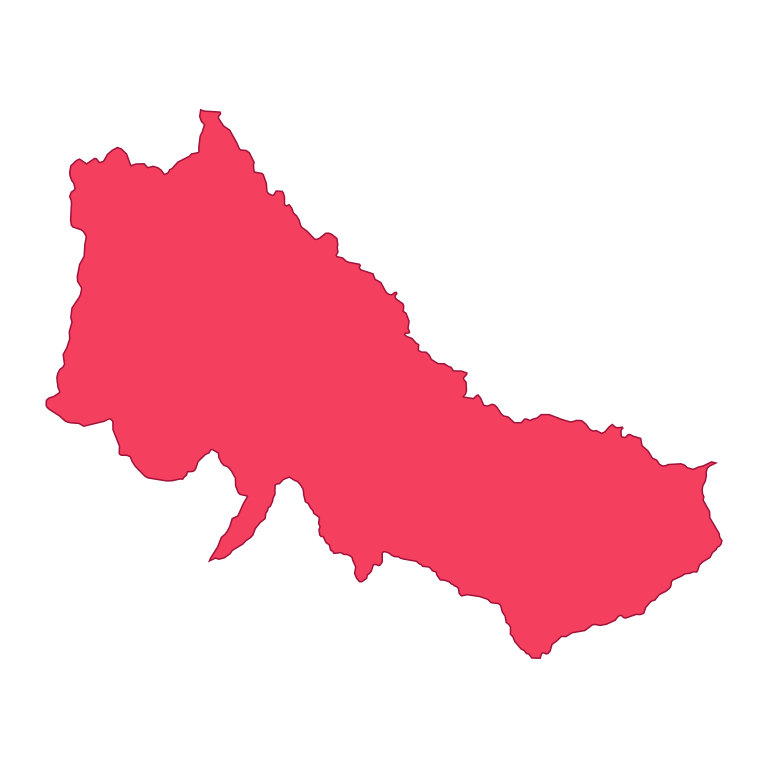 the district of Acobamba, Huancavelica, Peru
{"feature_id": "86281439B92156205332271", "entity_name": "Acobamba", "entity_type": "district", "adm_level": 2, "iso_a3": "PER", "parent_name": "Peru", "parent_adm1": "Huancavelica", "projection": "albers", "projection_center": [-74.569, -12.778], "detail": "fine", "context": "isolated", "style": "filled", "palette": "rose", "viewbox_px": 768, "rotation_deg": 0, "n_neighbors": 0, "source": "geoboundaries", "source_scale": "gbopen_adm2", "svg_char_len": 6071}
<svg xmlns="http://www.w3.org/2000/svg" viewBox="0 0 768 768"><path d="M715.8,463.0L711.5,461.9L703.3,465.9L698.4,467.1L693.2,469.4L687.2,467.7L684.7,465.2L681.0,463.8L668.5,464.5L665.2,465.8L662.4,466.0L659.2,464.1L657.7,461.4L656.1,459.8L652.4,458.2L648.2,451.2L642.0,445.6L640.7,438.4L633.2,436.2L629.8,434.5L628.0,434.8L625.4,437.5L622.0,437.0L621.2,435.6L621.0,430.8L621.5,429.4L622.8,428.3L622.4,427.2L617.9,427.7L615.6,427.4L612.3,424.5L609.0,427.0L605.0,431.8L601.6,433.4L596.4,430.6L593.3,431.1L590.7,429.9L589.3,428.8L585.7,423.9L581.6,420.6L576.4,420.4L572.6,421.7L570.1,421.9L561.9,419.5L549.2,414.6L541.2,414.6L537.0,418.1L532.5,419.2L530.2,420.6L526.8,419.1L524.6,419.1L521.3,422.7L514.3,422.7L508.2,417.0L503.9,416.0L501.7,414.5L496.7,407.0L494.4,404.9L492.0,404.3L487.6,406.1L483.7,405.3L480.6,398.1L478.1,395.0L476.8,395.4L473.4,398.6L463.3,397.0L463.3,396.3L465.5,394.1L466.5,390.5L466.1,382.3L463.9,379.6L463.4,378.0L466.6,374.5L466.9,373.1L461.6,371.1L453.4,370.9L451.1,367.3L447.9,366.2L444.5,363.8L438.0,363.6L432.5,360.2L431.3,359.4L429.4,355.4L426.2,352.2L421.7,352.1L419.0,350.8L418.3,349.6L418.7,344.8L415.8,342.8L412.0,338.4L406.7,336.5L404.6,334.6L405.2,333.2L408.9,333.0L409.6,332.2L408.0,328.2L409.1,321.3L406.0,313.2L403.3,311.4L403.7,306.1L402.9,303.8L396.1,299.0L395.2,297.5L395.1,295.6L396.8,293.9L396.5,292.5L394.8,292.4L391.9,294.8L388.5,294.3L385.8,291.8L380.8,282.5L375.1,279.4L373.0,273.9L360.9,269.9L359.1,267.7L360.3,265.5L359.5,264.3L348.9,262.3L346.3,261.3L342.7,258.0L336.8,256.6L336.2,255.0L337.9,252.1L337.2,247.3L337.8,244.9L336.9,238.5L331.7,234.3L328.5,233.1L325.7,233.3L319.6,238.2L316.6,239.4L314.7,239.2L307.1,231.2L301.8,227.4L300.6,225.4L299.2,220.3L296.6,215.9L293.5,213.1L291.6,207.9L289.4,205.0L288.5,204.8L286.6,206.0L284.6,204.9L284.5,197.0L283.3,192.9L282.2,191.4L276.2,191.0L274.0,194.6L272.4,195.5L268.5,193.6L266.9,191.4L266.4,183.6L263.3,174.8L261.8,173.4L254.1,172.0L253.5,165.3L254.1,162.3L249.3,152.7L246.1,150.5L240.9,150.0L239.4,148.9L236.8,142.9L229.7,130.2L223.5,125.9L218.6,118.4L218.5,116.3L220.6,113.8L220.1,112.1L204.2,111.1L200.7,109.8L199.7,116.5L201.4,121.4L204.5,124.6L202.5,131.2L200.2,136.1L198.8,147.3L198.9,151.7L198.2,152.6L191.4,154.0L189.5,156.2L177.9,162.1L172.0,168.6L169.7,169.8L168.0,172.8L165.0,174.4L164.0,174.1L161.2,170.2L157.9,167.8L153.2,166.3L148.2,167.6L147.0,167.0L144.2,163.8L136.2,164.0L130.8,165.7L126.6,154.1L121.4,149.0L117.4,147.5L112.2,150.3L107.5,154.4L103.8,160.9L102.6,161.8L99.2,162.5L96.5,158.8L94.6,158.4L86.6,163.9L79.6,159.1L76.6,160.4L70.9,165.8L69.7,172.2L70.0,175.6L71.6,180.3L73.8,183.3L75.0,188.1L74.4,190.0L71.3,192.2L69.7,196.5L71.3,200.7L71.5,203.1L70.6,220.0L71.4,225.2L73.1,227.1L81.0,229.7L83.4,231.5L86.0,235.9L86.2,237.4L84.9,244.4L84.1,256.4L79.6,264.5L77.3,276.5L77.6,281.4L81.4,287.6L81.5,289.7L80.4,294.7L79.1,297.4L72.0,308.0L70.8,317.6L72.0,322.1L69.3,331.6L69.7,339.1L66.8,347.8L63.2,354.5L64.5,364.3L62.9,367.2L59.9,369.4L57.7,373.7L56.9,377.5L57.2,381.4L58.1,387.8L59.6,391.2L59.6,392.6L53.9,396.4L48.7,398.2L46.4,400.4L46.1,405.1L47.1,407.3L49.3,409.4L59.5,415.9L64.9,420.8L67.8,422.2L70.9,422.8L78.9,423.4L83.8,426.2L104.1,421.3L108.8,419.0L110.3,418.9L112.9,421.4L113.0,429.7L119.5,446.1L119.2,453.1L119.7,454.2L121.1,455.2L126.9,455.3L130.3,456.7L132.1,461.3L135.1,466.1L144.7,476.0L147.9,477.9L166.7,480.9L172.3,480.7L179.8,479.0L182.8,479.1L184.4,476.8L186.4,475.3L187.4,471.8L192.4,471.5L194.4,470.6L195.6,468.8L198.1,461.6L205.3,454.5L209.1,452.8L210.6,449.8L212.4,449.6L218.5,453.1L218.7,457.2L221.4,462.6L223.9,465.4L227.3,466.5L229.0,468.0L231.3,470.8L235.4,478.1L235.6,485.8L238.4,492.9L240.1,494.4L246.8,495.9L247.5,496.6L243.3,503.8L237.9,515.9L232.2,518.6L229.7,526.8L227.6,530.7L225.3,534.0L221.3,537.5L217.8,546.7L210.6,558.0L209.4,561.0L215.3,558.1L219.0,559.2L224.4,557.8L230.1,553.7L232.3,550.4L243.0,543.9L245.7,540.9L250.5,537.5L252.9,535.0L255.2,528.8L256.6,526.9L260.3,522.4L265.2,518.5L265.8,513.2L267.6,510.5L268.1,507.8L270.4,506.2L272.6,501.1L273.1,497.9L274.9,494.6L275.1,485.2L276.7,484.0L279.5,483.6L283.3,479.5L289.3,477.1L295.0,480.6L297.3,481.3L300.0,484.2L302.7,488.4L303.4,490.7L303.7,494.7L305.3,501.6L308.3,503.7L310.7,508.2L312.7,510.2L313.8,513.3L319.4,517.5L318.6,523.3L320.1,526.9L319.0,529.5L319.7,534.9L321.1,536.5L322.6,536.4L323.4,537.0L326.0,542.5L329.4,545.0L330.6,550.1L332.8,551.5L333.9,553.4L341.1,552.6L343.7,554.4L347.3,554.6L349.5,555.5L352.1,557.4L352.7,560.2L355.7,567.0L354.6,573.3L356.5,578.1L359.4,581.6L361.6,581.8L366.6,578.4L367.3,574.9L369.4,573.5L371.2,571.3L373.4,564.7L376.0,564.5L378.6,565.6L380.1,565.0L382.3,561.9L382.2,554.3L382.4,552.8L383.3,551.9L384.9,551.7L388.8,552.9L392.1,555.5L394.9,556.7L398.4,556.7L400.4,558.1L403.4,559.0L416.4,561.3L419.5,564.0L421.0,564.4L422.6,566.3L428.8,567.0L430.9,568.6L432.3,570.7L436.2,572.1L437.0,575.3L440.3,579.9L444.9,580.3L449.7,582.1L451.4,584.0L453.0,584.4L454.2,585.7L456.9,586.8L458.4,588.3L459.2,593.4L461.4,595.9L467.3,594.7L479.9,596.6L487.7,599.3L491.2,602.7L498.0,603.5L499.8,604.4L500.8,606.1L502.4,612.2L505.1,616.1L506.2,622.4L509.0,624.6L510.5,627.1L510.4,634.2L512.8,636.6L514.9,641.7L521.0,648.9L524.4,650.7L526.3,653.4L528.9,654.1L531.8,658.0L540.2,658.2L541.6,653.7L542.4,653.0L544.1,652.9L545.7,653.9L548.1,653.5L550.2,650.9L552.0,644.4L556.6,641.1L561.4,636.4L566.0,636.6L571.9,632.8L584.9,630.5L592.6,624.7L595.4,624.5L600.3,625.4L606.5,624.2L615.1,620.3L618.1,616.5L619.9,615.5L621.3,615.4L623.4,617.4L625.4,618.1L636.5,614.3L639.9,614.6L642.9,613.7L644.0,612.7L645.7,607.4L649.9,602.5L652.0,600.8L654.9,600.1L659.2,594.6L665.8,591.3L669.6,588.3L671.0,585.6L671.3,582.1L672.6,580.1L681.3,576.2L684.9,573.9L690.1,573.2L693.4,571.8L696.6,572.0L697.5,570.8L699.5,564.9L703.1,561.6L710.0,557.5L712.4,552.6L715.9,549.8L717.2,547.4L719.5,546.0L721.1,543.9L721.9,540.6L719.8,537.6L719.1,533.5L709.8,517.7L709.6,511.7L703.1,500.1L703.9,496.9L702.5,493.6L702.2,489.3L702.8,485.8L705.3,481.1L706.4,475.3L706.1,472.5L707.2,468.3L709.8,465.9L715.8,463.0Z" fill="#f43f5e" stroke="#9f1239" stroke-width="1.5"/></svg>